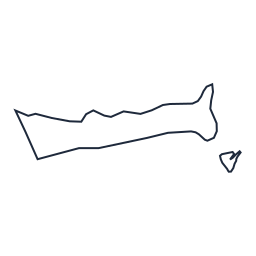 an SVG outline of East Grand Bahama
{"feature_id": "BHS-5012", "entity_name": "East Grand Bahama", "entity_type": "District", "adm_level": 1, "iso_a3": "BHS", "parent_name": "The Bahamas", "parent_adm1": "", "projection": "robinson", "projection_center": [-78.023, 26.67], "detail": "fine", "context": "isolated", "style": "outline", "palette": "slate", "viewbox_px": 256, "rotation_deg": 0, "n_neighbors": 0, "source": "natural_earth", "source_scale": "10m", "svg_char_len": 854}
<svg xmlns="http://www.w3.org/2000/svg" viewBox="0 0 256 256"><path d="M15.4,110.5L28.2,115.8L35.5,113.8L51.8,118.0L69.7,121.3L81.3,121.7L86.1,114.2L93.3,110.4L104.3,115.6L111.0,116.9L123.6,111.4L140.5,113.9L151.7,110.3L162.9,105.0L170.0,104.0L192.4,103.6L197.8,101.1L201.1,96.6L203.5,91.2L206.6,86.7L212.2,84.3L213.0,91.9L211.2,100.3L210.3,108.7L216.6,123.3L216.8,131.2L213.9,137.8L207.4,140.7L204.8,139.7L198.9,134.3L195.6,132.3L191.1,131.4L168.0,132.8L147.1,137.9L98.7,148.1L79.1,148.1L37.6,159.2L25.4,131.7L15.4,110.5ZM233.9,156.6L235.8,154.6L239.6,151.3L240.6,152.5L237.5,156.6L236.3,159.0L236.2,160.8L234.6,163.7L233.3,168.1L231.0,171.6L228.8,171.7L228.0,170.6L227.2,169.0L222.3,162.8L220.8,159.3L220.0,155.8L221.9,154.2L232.6,152.0L234.1,154.0L230.9,158.3L230.1,159.5L232.7,157.8L233.9,156.6Z" fill="none" stroke="#1e293b" stroke-width="2"/></svg>